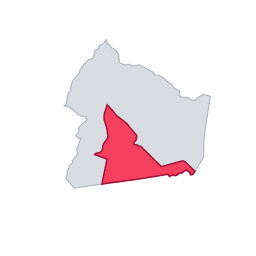 Algeria, with Adrar highlighted, rotated 315°
{"feature_id": "DZA-2143", "entity_name": "Adrar", "entity_type": "Province", "adm_level": 1, "iso_a3": "DZA", "parent_name": "Algeria", "parent_adm1": "", "projection": "albers", "projection_center": [0.561, 25.317], "detail": "fine", "context": "in_parent", "style": "filled", "palette": "rose", "viewbox_px": 256, "rotation_deg": 315, "n_neighbors": 0, "source": "natural_earth", "source_scale": "10m", "svg_char_len": 6422}
<svg xmlns="http://www.w3.org/2000/svg" viewBox="0 0 256 256"><g transform="rotate(315 128 128)"><path d="M174.9,50.1L175.1,50.5L175.1,51.0L174.5,51.4L174.1,51.6L173.6,52.8L172.7,53.6L172.5,53.8L172.5,54.0L173.2,54.3L173.4,54.6L173.6,55.0L173.4,56.6L173.1,59.3L173.1,59.9L173.4,60.6L173.7,61.1L173.8,61.7L173.8,63.2L174.2,64.1L174.5,64.9L173.9,66.0L173.7,66.9L173.7,68.2L173.6,69.0L173.3,69.8L172.8,70.5L172.3,71.0L171.6,71.4L170.9,71.9L170.3,73.3L168.9,74.5L168.7,74.9L168.6,75.8L168.7,77.0L169.0,78.0L169.7,79.4L170.4,80.9L170.6,81.7L170.9,82.0L171.7,82.5L173.2,83.1L173.5,83.4L174.3,84.5L175.1,86.4L175.4,87.7L178.0,89.6L180.6,91.2L180.8,91.5L182.5,97.4L183.2,99.5L185.4,107.1L184.7,107.6L183.9,108.2L184.6,109.2L185.8,110.9L186.6,112.2L186.9,112.8L187.6,114.4L188.1,116.1L188.3,116.6L188.6,117.9L188.6,121.4L189.2,125.8L189.8,128.0L189.3,130.1L188.8,132.1L188.9,133.0L189.3,134.5L189.7,135.6L190.2,136.2L190.3,138.1L190.1,138.8L188.9,139.8L187.4,140.8L187.1,141.6L187.0,142.5L187.2,143.2L192.0,149.2L192.2,149.9L192.3,151.7L193.2,153.9L194.1,154.8L194.4,155.5L195.0,156.0L195.6,156.4L195.9,156.4L197.8,155.6L201.2,156.4L204.4,157.2L204.7,157.3L206.8,160.6L208.6,163.8L174.3,189.1L170.5,192.8L161.5,201.7L160.8,202.1L148.4,205.1L142.0,206.5L141.7,206.6L141.3,206.6L141.0,206.6L140.5,206.4L139.8,205.9L139.3,205.6L139.2,205.2L139.5,204.7L139.8,204.2L139.9,203.8L140.1,203.5L140.4,203.3L140.4,202.9L140.2,202.4L139.9,201.7L139.9,200.3L139.9,199.7L139.3,199.2L138.2,198.6L137.1,198.3L136.7,198.2L135.5,198.0L133.9,197.7L133.4,197.4L132.3,196.2L131.8,195.8L129.5,195.7L128.7,195.5L128.0,195.2L127.5,194.8L127.2,194.1L127.1,193.5L126.9,193.2L124.2,191.9L123.6,191.4L123.2,191.0L123.2,190.3L123.3,189.6L123.2,188.9L123.1,188.5L78.5,155.7L76.2,153.9L70.9,150.0L47.4,132.4L48.2,120.9L48.3,120.3L48.4,120.0L49.2,119.7L50.5,118.8L51.0,118.4L51.6,118.0L53.7,116.8L54.1,116.5L56.1,115.1L56.6,114.9L57.7,114.8L58.1,114.5L58.7,114.0L59.6,113.3L60.2,113.0L60.4,113.0L60.7,112.9L62.5,113.3L63.3,113.4L64.2,113.6L64.4,113.6L64.7,113.3L65.1,112.9L65.2,112.3L65.2,111.8L65.3,111.6L65.8,111.6L66.3,111.7L67.4,111.7L67.8,111.6L69.0,111.6L70.7,111.4L73.2,110.7L74.4,109.9L75.3,109.0L76.3,107.6L77.0,106.5L78.5,105.8L79.7,105.4L80.3,105.2L81.9,104.6L84.5,102.9L86.6,102.7L86.9,102.5L87.2,102.2L87.2,101.6L86.9,101.2L86.4,101.0L86.2,100.8L85.8,100.7L85.7,100.5L85.8,100.0L85.9,99.5L86.1,99.0L86.0,98.4L85.8,97.7L85.7,97.3L85.7,96.8L85.9,96.4L86.3,96.2L86.8,96.2L87.5,96.3L88.8,96.2L91.9,95.1L92.1,94.8L92.3,94.0L92.6,93.4L92.9,93.1L93.1,93.1L95.6,92.7L96.2,92.7L100.8,93.0L104.8,93.2L105.2,93.1L105.2,92.6L104.9,91.6L105.1,91.1L105.7,90.5L106.4,90.0L106.1,89.2L105.5,88.7L104.7,88.1L104.3,87.9L103.6,87.2L103.2,86.4L102.9,84.7L102.4,83.7L102.0,82.6L102.4,80.4L101.9,79.2L101.8,78.6L101.8,77.9L102.0,76.8L101.9,75.2L101.3,73.6L101.6,73.0L101.8,72.7L101.7,72.5L101.2,71.9L101.0,71.5L101.1,71.1L101.4,70.5L101.4,70.3L100.5,69.5L99.0,68.3L98.6,67.8L98.4,67.2L99.8,67.4L100.6,67.3L102.3,66.6L103.7,65.6L104.7,65.1L105.7,64.0L106.5,63.3L107.8,62.5L111.3,60.9L111.8,60.9L113.0,61.3L114.0,61.2L114.7,60.6L115.4,59.2L116.6,58.4L118.0,57.5L120.0,56.7L121.2,56.0L123.3,55.3L128.3,54.9L131.0,54.5L132.7,54.5L134.5,53.3L135.4,52.9L139.3,52.8L141.1,51.9L148.0,51.7L148.8,51.9L149.7,52.4L151.1,53.4L151.8,53.7L152.8,53.4L154.8,52.3L157.2,51.6L158.5,50.9L159.0,50.0L160.1,49.6L160.8,50.3L163.3,50.9L164.8,50.6L165.5,50.3L165.2,49.3L166.8,49.5L168.0,50.0L169.4,50.9L170.2,51.1L171.7,50.5L174.9,50.1Z" fill="#d9dde1" stroke="#a8b0b8" stroke-width="1"/><path d="M76.2,153.9L74.9,152.9L73.6,151.9L72.3,151.0L70.9,150.0L70.0,149.3L69.8,149.2L91.2,135.2L85.6,123.2L87.1,123.1L88.4,123.9L89.2,124.5L91.1,125.4L92.6,125.8L94.5,125.1L95.6,124.4L98.0,122.6L99.0,122.1L99.9,121.8L106.8,120.6L107.8,119.9L112.6,113.5L117.1,105.2L119.7,102.4L120.4,101.9L121.8,100.9L129.6,96.9L129.6,103.8L128.7,110.5L129.8,119.6L130.3,124.3L130.2,126.1L129.8,128.0L129.0,139.0L128.9,139.2L128.8,139.4L128.7,139.6L128.3,140.0L128.1,140.2L127.6,140.7L126.7,140.9L126.5,141.0L126.0,141.7L125.8,141.9L125.7,142.0L124.9,142.3L123.7,142.3L123.4,142.4L123.2,142.4L122.8,142.4L122.3,142.4L122.2,142.4L122.1,142.5L121.6,142.9L121.0,143.1L120.7,143.3L120.5,143.5L120.4,143.7L120.4,143.8L120.5,143.9L121.1,144.6L122.4,146.2L122.5,146.4L122.5,146.6L122.6,146.9L122.6,147.4L122.5,148.3L122.6,148.5L124.0,149.7L124.1,149.8L124.1,150.0L124.2,178.4L124.4,178.7L124.8,179.2L142.7,189.4L143.6,190.2L144.2,191.0L144.5,193.0L144.8,205.9L144.2,206.0L142.8,206.3L142.0,206.5L141.3,206.7L141.1,206.7L140.9,206.6L140.7,206.5L140.2,206.1L139.8,205.9L139.7,205.8L139.5,205.7L139.3,205.5L139.2,205.3L139.2,205.2L139.3,205.0L139.4,204.8L139.4,204.7L139.5,204.6L139.8,204.3L139.8,204.2L139.8,203.8L139.9,203.7L140.0,203.6L140.4,203.3L140.4,203.1L140.4,202.9L140.2,202.7L140.1,202.4L140.2,202.2L139.9,201.7L139.9,201.4L140.0,199.6L139.9,199.4L139.7,199.4L139.4,199.3L139.3,199.2L138.8,198.8L137.8,198.4L135.5,198.0L135.1,198.0L134.3,197.8L134.1,197.8L133.8,197.6L133.6,197.6L133.4,197.5L133.2,197.4L132.9,196.8L132.6,196.4L132.3,196.1L131.8,195.7L131.7,195.6L131.3,195.6L131.2,195.7L130.8,196.1L130.6,196.2L130.0,196.0L129.9,195.9L129.7,195.8L129.4,196.0L129.2,196.0L129.1,195.9L129.1,195.7L128.9,195.5L128.7,195.5L128.4,195.5L128.2,195.4L127.3,194.6L127.2,194.5L127.2,193.8L127.1,193.5L127.0,193.3L126.4,192.9L126.1,192.7L125.8,192.7L125.7,192.6L125.2,192.5L124.8,192.4L124.7,192.3L124.6,192.1L124.4,191.8L124.3,191.7L124.1,191.7L123.9,191.7L123.6,191.7L123.4,191.7L123.1,191.7L123.1,191.3L123.1,191.2L123.2,190.4L123.3,189.4L123.2,188.7L122.1,187.9L121.4,187.4L120.7,186.9L120.0,186.4L119.3,185.9L118.6,185.4L117.9,184.9L117.2,184.4L116.5,183.9L115.8,183.5L115.1,183.0L114.4,182.5L113.9,182.1L113.7,182.0L113.1,181.5L112.4,181.0L111.7,180.5L111.0,180.0L110.3,179.5L109.6,179.0L108.9,178.5L108.2,178.0L107.5,177.5L106.8,177.0L106.2,176.5L105.5,176.0L104.8,175.5L104.1,175.0L103.4,174.5L102.7,174.0L102.0,173.5L101.4,173.0L100.7,172.5L100.0,172.0L99.3,171.5L98.6,171.0L98.0,170.5L97.3,170.0L96.6,169.5L95.9,169.0L95.2,168.5L94.6,168.0L93.9,167.5L93.2,166.9L92.5,166.4L91.9,165.9L91.2,165.4L90.5,164.9L89.9,164.4L89.2,163.9L88.6,163.4L88.0,163.0L87.3,162.5L86.7,162.0L86.1,161.5L85.5,161.1L84.9,160.6L84.3,160.1L83.7,159.7L83.0,159.2L82.4,158.7L81.8,158.2L81.2,157.8L80.6,157.3L80.0,156.8L79.4,156.3L78.5,155.7L78.0,155.2L77.4,154.8L76.8,154.4L76.2,153.9Z" fill="#f43f5e" stroke="#9f1239" stroke-width="1.5"/></g></svg>